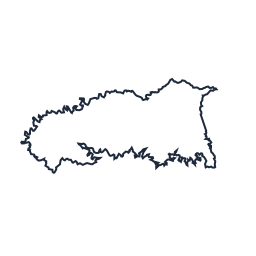 outline of Prudentópolis, Paraná, Brazil, rotated 290°
{"feature_id": "56859067B94750032361758", "entity_name": "Prudentópolis", "entity_type": "district", "adm_level": 2, "iso_a3": "BRA", "parent_name": "Brazil", "parent_adm1": "Paraná", "projection": "robinson", "projection_center": [-51.129, -25.136], "detail": "fine", "context": "isolated", "style": "outline", "palette": "slate", "viewbox_px": 256, "rotation_deg": 290, "n_neighbors": 0, "source": "geoboundaries", "source_scale": "gbopen_adm2", "svg_char_len": 5848}
<svg xmlns="http://www.w3.org/2000/svg" viewBox="0 0 256 256"><g transform="rotate(290 128 128)"><path d="M77.2,33.7L78.2,36.0L79.2,36.6L79.3,37.4L80.8,39.5L80.3,40.6L79.3,41.9L78.5,42.2L77.9,41.3L76.8,42.5L76.0,42.5L74.7,41.5L73.2,41.7L73.7,43.5L72.8,43.6L70.3,45.9L70.9,48.9L70.3,49.5L69.2,49.6L68.7,50.6L69.6,51.4L69.5,52.8L67.9,52.4L67.4,53.0L66.8,55.2L68.1,57.5L70.4,59.7L69.3,59.8L68.7,62.6L67.8,62.6L67.0,63.3L64.3,63.3L63.7,66.8L62.3,67.6L62.9,71.2L61.0,72.2L60.5,73.2L61.0,74.1L63.5,74.6L64.8,74.7L66.3,73.9L70.6,76.5L74.6,75.7L77.2,76.6L76.1,78.5L76.0,79.7L77.8,80.6L78.4,81.4L77.9,83.4L78.6,85.2L76.7,87.5L76.6,88.2L79.0,90.1L78.5,91.4L76.7,93.1L78.5,94.9L77.9,98.1L81.0,101.4L81.5,106.4L82.0,107.1L84.0,108.5L85.0,109.8L86.2,108.5L87.0,108.6L89.5,111.6L90.4,112.1L89.5,109.9L89.0,106.3L86.5,105.5L86.7,104.3L87.4,103.9L91.2,103.9L91.8,102.5L91.9,101.5L91.3,101.0L89.7,100.8L88.2,99.5L88.8,99.0L91.8,99.8L93.3,99.7L94.2,99.0L94.2,93.6L94.1,92.9L93.4,92.5L95.6,89.0L95.8,87.6L96.4,86.8L97.3,90.6L98.0,91.1L98.1,92.2L97.6,93.7L96.2,94.8L95.7,95.8L95.6,98.2L96.8,100.5L96.7,102.0L94.0,104.1L93.6,105.9L93.8,107.1L94.6,108.9L97.5,108.8L98.4,109.2L97.9,109.7L96.1,110.0L96.1,111.5L96.7,112.2L100.3,113.9L100.2,114.7L99.3,116.2L96.0,120.0L95.8,120.9L96.6,122.2L98.2,123.5L97.9,124.5L94.3,125.8L95.9,126.8L95.8,127.6L100.6,128.3L99.9,130.8L99.0,131.3L99.2,132.4L100.2,132.8L102.0,132.3L105.0,133.9L105.4,135.8L104.9,136.8L106.4,137.5L107.1,136.9L107.8,137.0L108.2,137.6L110.8,138.2L109.0,140.0L107.6,140.5L107.0,142.6L105.6,145.1L104.5,143.7L102.7,144.9L104.7,146.5L105.2,148.5L107.5,148.0L107.6,147.1L108.2,147.1L110.4,148.7L113.1,149.6L114.9,152.0L110.4,150.8L106.2,150.9L105.4,151.4L104.6,152.4L106.6,153.3L108.7,155.2L109.3,155.0L110.4,156.6L109.0,156.6L107.8,157.7L109.1,161.2L108.2,161.9L105.9,160.0L105.8,162.5L105.3,163.2L105.7,168.4L104.1,167.2L103.8,168.4L101.6,167.6L100.1,168.2L103.8,170.0L104.3,171.2L106.2,172.9L106.6,173.7L105.1,174.9L106.9,175.5L106.9,176.8L108.3,176.4L108.2,175.4L108.9,174.4L111.5,175.7L112.2,176.4L112.4,177.5L112.5,181.5L113.8,181.3L115.7,182.3L115.6,181.5L113.8,179.3L114.6,177.3L116.4,176.7L117.3,175.3L118.0,175.6L117.8,177.8L118.5,178.7L118.6,180.8L119.7,180.7L118.9,183.1L120.0,184.6L119.8,185.9L118.1,186.6L115.1,186.3L114.6,187.3L115.4,187.5L114.4,189.3L116.9,189.3L118.7,188.5L118.9,189.2L118.2,190.1L119.0,191.5L119.0,192.4L118.5,192.8L116.2,192.5L115.6,193.7L113.5,195.6L113.2,196.6L115.9,195.3L117.6,195.9L118.5,195.5L118.1,196.3L118.5,197.1L121.3,196.7L120.9,198.0L119.0,200.4L117.3,200.6L117.2,201.9L116.5,203.3L117.7,202.6L118.3,203.5L119.1,202.2L121.5,202.4L122.3,203.0L122.1,207.1L122.8,207.2L123.8,205.8L124.6,207.1L124.3,203.3L124.5,202.4L125.4,202.6L125.7,202.0L125.6,200.8L126.6,200.6L128.0,201.5L128.1,202.8L127.3,204.3L129.2,205.3L129.4,206.1L129.0,206.7L128.1,207.3L127.2,207.1L126.7,209.5L123.9,212.9L120.5,212.7L117.6,214.5L119.0,215.9L118.8,217.5L120.2,219.4L119.7,220.8L120.5,222.9L121.1,223.3L123.4,222.0L126.6,221.4L128.6,219.2L129.6,219.9L131.5,218.9L132.0,217.7L133.0,216.7L133.9,214.5L136.8,212.7L137.0,211.9L137.7,212.0L138.0,212.7L139.7,212.1L139.7,211.4L138.9,210.8L139.3,210.0L140.0,210.0L140.3,209.1L140.9,209.4L141.2,210.5L142.9,211.2L144.0,209.6L144.0,208.1L145.1,208.2L145.6,207.8L144.7,206.3L144.3,204.7L145.1,205.1L146.3,205.0L147.0,204.6L147.0,203.8L148.1,203.5L148.6,202.5L149.3,203.3L150.2,203.3L151.4,202.3L152.0,202.5L165.7,191.6L166.6,192.1L168.1,191.4L169.9,189.4L172.3,188.8L174.0,190.2L174.6,188.9L176.9,187.8L179.6,188.4L180.9,187.8L183.2,187.7L184.1,187.1L184.6,188.5L185.8,189.3L186.8,190.8L191.6,192.7L192.1,195.2L193.7,196.1L194.6,197.9L195.2,196.9L194.5,195.6L195.5,193.9L194.2,192.6L193.6,190.9L194.4,189.1L192.9,187.0L192.0,186.5L191.5,185.5L190.1,184.5L189.0,182.1L189.7,179.6L189.6,178.8L188.2,175.5L189.4,174.3L189.8,173.4L189.7,172.3L190.8,170.6L190.7,167.6L191.7,165.2L191.3,162.6L189.6,162.0L187.5,159.7L187.4,158.3L187.9,156.5L187.4,155.7L189.1,152.7L187.8,151.4L183.4,150.6L181.1,148.9L180.2,148.8L178.4,146.6L177.7,146.8L176.0,146.0L175.3,145.3L174.7,143.7L172.8,144.4L172.0,144.0L171.1,142.6L171.0,141.0L170.4,140.5L170.2,138.4L169.4,137.3L168.8,137.9L168.4,137.4L167.8,137.9L166.9,137.9L166.2,137.0L166.1,135.4L165.3,134.1L164.1,133.9L162.6,135.0L162.6,136.8L161.3,136.3L161.5,135.3L159.5,132.7L159.7,131.9L160.8,131.0L161.3,129.6L161.3,125.1L161.6,124.1L164.4,119.5L164.0,118.6L163.2,118.6L163.2,115.8L162.0,114.4L162.7,113.8L162.3,112.4L161.0,111.7L158.9,111.6L158.9,108.7L157.8,105.3L159.1,103.6L158.9,102.9L157.7,102.5L156.8,101.1L156.6,100.0L154.7,98.9L155.4,97.8L155.1,95.6L154.4,95.0L151.4,95.1L150.9,95.5L148.6,94.9L148.8,92.7L149.2,91.9L150.3,91.2L150.5,90.3L150.0,89.3L145.8,89.9L144.8,88.7L145.3,87.7L144.8,86.2L142.3,82.8L137.8,82.8L136.0,82.3L136.0,79.8L137.5,77.4L139.9,76.9L140.6,76.3L139.5,72.7L138.8,72.8L138.7,75.1L138.1,75.6L133.6,75.0L133.1,76.8L133.8,77.8L133.3,78.2L130.1,78.2L129.0,77.3L128.0,76.0L127.3,73.3L128.6,71.7L130.9,72.5L130.9,71.6L130.1,70.1L128.4,69.5L125.8,71.0L124.3,70.2L122.9,70.2L123.2,69.2L127.5,64.2L127.4,63.2L124.4,65.1L123.7,65.0L124.3,63.0L126.2,60.8L123.6,60.6L120.8,62.5L119.6,60.1L120.8,57.9L120.8,57.2L119.5,56.4L117.6,56.4L117.1,55.7L117.8,53.7L117.9,50.4L116.1,50.3L115.3,49.0L115.2,48.0L116.2,46.2L115.1,46.0L112.3,47.1L110.6,43.8L109.5,44.1L108.9,43.4L108.7,42.4L109.4,40.0L107.8,40.3L106.7,43.7L105.3,42.5L103.3,42.8L103.3,41.1L105.7,35.8L105.1,35.3L104.3,35.5L102.9,37.2L100.9,37.1L98.0,38.8L98.5,41.2L98.3,42.0L93.5,40.8L92.9,39.9L94.6,37.4L94.3,36.7L91.6,36.9L89.0,37.9L88.0,37.4L88.1,36.0L89.5,33.8L89.4,32.7L86.3,33.4L85.4,38.0L84.6,37.9L82.8,35.8L81.2,36.1L80.0,35.9L78.9,33.9L78.8,32.9L77.8,32.7L77.2,33.7ZM119.7,180.7L121.5,180.2L123.6,181.4L122.1,181.4L119.7,180.7ZM104.1,167.2L103.8,166.2L103.3,166.8L104.1,167.2Z" fill="none" stroke="#1e293b" stroke-width="2"/></g></svg>